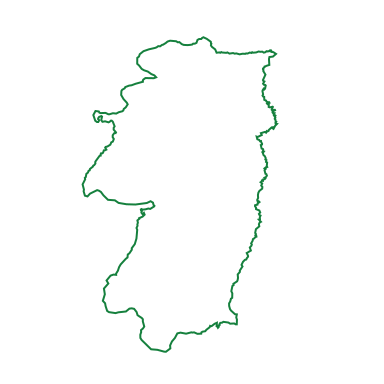 outline of Tebe-Tebe, Berea, Lesotho, rotated 80°
{"feature_id": "5366337B30705161784886", "entity_name": "Tebe-Tebe", "entity_type": "district", "adm_level": 2, "iso_a3": "LSO", "parent_name": "Lesotho", "parent_adm1": "Berea", "projection": "albers", "projection_center": [27.887, -29.222], "detail": "fine", "context": "isolated", "style": "outline", "palette": "green", "viewbox_px": 384, "rotation_deg": 80, "n_neighbors": 0, "source": "geoboundaries", "source_scale": "gbopen_adm2", "svg_char_len": 5983}
<svg xmlns="http://www.w3.org/2000/svg" viewBox="0 0 384 384"><g transform="rotate(80 192 192)"><path d="M298.0,288.3L297.7,285.4L298.2,277.8L296.0,273.9L296.1,271.6L297.0,269.3L300.6,267.4L303.9,267.0L307.4,263.3L308.8,262.5L310.9,262.9L316.2,262.4L317.9,264.0L319.2,266.2L321.2,266.4L323.6,267.7L326.8,268.2L329.0,267.3L339.8,259.6L341.4,253.5L344.4,247.1L344.8,245.4L342.3,240.5L339.3,240.2L335.7,237.7L332.8,234.2L328.7,231.0L328.5,227.8L330.5,222.4L330.1,217.0L330.5,216.1L330.6,214.3L332.6,211.3L333.1,207.5L331.9,207.1L331.4,206.0L331.4,203.1L330.2,201.8L328.3,198.2L327.0,197.4L327.5,196.7L327.4,195.8L325.7,192.6L325.1,190.2L328.5,191.1L329.1,190.3L330.2,190.0L329.4,189.0L328.0,188.9L327.7,187.8L326.8,187.8L325.8,186.9L325.9,185.0L325.3,183.7L326.9,178.8L328.3,177.3L328.8,173.2L329.9,172.0L330.1,170.9L325.5,169.9L323.2,170.2L320.3,169.1L319.8,170.9L315.5,174.2L313.9,174.9L310.7,175.2L308.1,174.8L306.5,173.4L303.9,172.2L303.2,170.8L298.8,169.9L296.5,170.5L291.5,168.5L290.9,167.2L289.6,167.2L287.8,163.1L286.7,162.4L284.6,161.6L281.1,161.3L279.0,158.7L277.7,158.6L274.1,155.2L272.4,155.9L269.6,153.9L268.0,151.7L267.9,150.3L266.6,149.4L265.4,148.0L264.5,147.9L261.6,148.7L259.9,144.2L256.7,144.7L255.2,142.8L254.0,142.2L252.9,142.7L250.5,140.7L249.0,140.2L248.5,138.8L247.4,137.5L247.2,136.3L246.3,136.3L245.6,137.1L244.6,136.3L243.3,136.9L239.7,135.5L237.5,131.7L235.3,131.7L233.7,130.6L233.3,129.3L230.7,131.0L230.6,129.8L228.6,129.6L227.1,128.6L226.3,129.6L225.2,129.9L224.0,128.4L221.9,128.9L220.0,131.9L218.5,131.7L217.0,132.4L216.0,132.2L215.8,129.7L214.7,129.4L213.6,127.3L212.6,128.0L212.6,129.0L211.2,129.2L209.3,127.9L206.4,127.6L204.1,126.7L202.6,125.4L200.9,122.3L199.2,121.8L197.7,122.7L195.8,121.4L194.3,122.7L193.9,121.8L192.8,121.1L193.3,120.2L192.0,119.8L192.0,118.2L191.4,117.4L190.5,118.0L190.2,116.7L188.9,115.4L187.3,115.7L186.8,116.5L183.1,116.8L182.1,115.5L181.3,116.4L180.4,114.8L180.4,113.6L179.2,113.8L176.0,112.9L175.2,113.9L173.4,113.2L172.7,114.1L171.5,113.5L169.3,114.1L168.2,115.1L165.8,115.5L164.8,114.4L164.5,115.5L163.2,114.5L162.1,114.6L161.3,115.9L157.7,116.1L157.4,114.8L156.6,114.6L154.9,115.2L153.8,115.2L153.8,116.2L152.4,116.8L151.4,118.5L148.7,118.7L149.2,117.8L148.0,113.4L146.0,113.9L145.5,109.7L146.4,108.8L145.0,107.8L145.5,107.2L145.1,106.0L144.3,105.7L142.2,102.3L142.3,100.7L142.9,100.6L143.6,101.2L144.0,100.8L141.2,98.6L139.7,96.5L139.1,97.8L138.3,97.8L137.4,96.8L136.7,97.4L135.1,97.3L134.5,97.8L133.8,97.7L133.3,97.0L132.1,97.3L131.3,96.5L131.0,96.7L131.3,97.8L130.4,98.2L129.6,98.0L128.7,97.1L128.1,98.7L127.5,98.9L127.0,98.8L126.3,97.5L125.9,96.0L125.5,96.1L125.3,97.1L125.7,98.2L125.0,99.2L124.5,99.2L122.3,97.6L122.0,97.8L122.2,100.6L121.6,101.7L118.8,101.1L118.7,102.3L117.8,102.8L117.2,101.8L117.4,100.3L117.0,100.4L116.7,101.8L115.8,103.0L114.8,103.2L113.8,104.8L110.8,104.4L110.4,105.3L109.3,105.8L108.2,105.0L104.8,105.1L103.9,104.6L102.4,103.2L102.5,102.7L103.3,102.7L102.9,102.1L99.9,100.9L99.3,101.3L99.0,102.4L97.7,103.2L95.7,101.5L95.0,102.5L94.1,102.7L89.2,99.3L85.2,100.8L84.2,100.4L83.4,100.8L82.7,100.6L82.1,99.5L81.1,98.8L81.3,98.4L80.7,97.0L80.3,93.8L74.4,93.1L72.5,92.3L72.7,88.8L70.6,85.3L68.4,87.6L67.8,89.6L67.0,90.1L67.0,89.3L66.3,89.5L66.0,90.5L66.7,91.2L66.8,92.1L66.5,92.5L66.7,93.6L66.3,94.2L67.1,95.6L67.2,97.1L66.0,98.4L65.8,100.4L65.2,102.0L65.7,104.5L65.4,107.8L64.8,108.5L65.4,109.3L64.7,110.9L65.3,113.2L64.9,114.7L65.2,115.3L64.6,118.3L64.7,121.2L63.2,124.3L63.2,125.9L62.3,127.4L62.2,131.1L60.7,132.9L60.9,134.1L59.8,138.3L59.3,138.9L59.8,140.1L59.3,140.7L59.1,143.6L55.6,144.4L52.6,147.1L51.2,147.8L50.7,147.9L49.3,147.2L48.9,147.5L47.3,147.4L43.7,150.9L41.6,153.9L42.1,155.4L42.9,156.2L42.6,158.5L43.2,160.2L45.9,161.7L46.4,163.5L46.1,165.1L46.8,166.2L46.8,167.9L46.6,170.7L45.7,174.6L44.6,176.4L42.2,178.4L42.1,180.0L40.8,181.4L39.2,187.3L39.6,190.0L40.7,191.9L41.9,194.9L41.9,195.9L43.0,198.1L42.5,199.9L43.4,201.8L43.7,203.5L44.0,209.6L44.9,215.3L47.2,219.5L49.4,220.7L50.4,222.6L56.2,223.7L58.3,222.1L62.0,220.2L63.8,218.1L65.7,214.6L68.8,211.6L70.6,208.8L72.8,207.4L73.3,209.8L71.7,218.1L72.9,220.5L74.0,221.2L74.9,221.2L75.6,228.7L76.4,233.0L76.3,235.5L77.1,239.5L78.2,240.3L79.2,243.0L80.3,244.0L84.2,244.9L88.6,243.3L92.7,240.7L94.5,240.1L97.1,242.5L98.4,244.8L99.8,245.5L100.4,246.6L100.7,250.2L101.6,253.0L100.7,256.2L101.1,259.7L100.9,260.9L99.1,263.4L98.4,268.4L97.8,269.4L96.5,269.8L95.5,273.0L99.1,275.8L105.0,274.9L106.6,273.4L106.8,272.2L105.5,271.1L104.5,271.2L103.9,271.8L103.1,271.6L101.9,270.4L101.5,268.1L102.1,267.5L105.4,268.9L107.3,268.0L107.3,265.3L108.9,262.1L108.6,261.0L107.6,259.4L107.8,258.7L109.0,257.8L113.9,256.8L115.2,258.0L117.0,258.3L120.1,256.5L120.7,257.0L120.4,257.5L120.6,258.4L122.3,260.2L124.2,260.6L126.2,259.8L128.6,261.2L129.1,262.9L131.2,264.2L132.5,267.4L132.6,269.2L133.3,269.8L135.4,269.0L135.8,270.4L135.7,271.6L137.9,272.8L138.4,273.9L138.1,274.8L138.9,275.4L140.3,275.6L140.3,276.7L145.0,281.6L145.7,282.1L147.2,282.2L148.6,283.7L148.9,284.7L149.8,285.2L151.6,288.5L152.9,289.0L153.2,290.2L154.8,291.1L155.8,292.9L158.8,294.0L159.5,295.1L160.9,295.0L165.5,298.4L170.9,298.0L172.5,298.6L177.0,298.1L178.2,295.7L175.9,292.7L173.7,285.1L174.5,283.5L176.1,281.7L179.9,279.8L185.1,276.1L186.8,269.4L190.0,266.2L192.7,258.6L194.5,249.9L195.0,238.4L193.9,234.4L195.7,232.3L198.2,232.1L199.1,231.4L199.6,231.7L201.4,236.1L200.7,237.9L201.0,240.8L200.8,243.6L200.0,244.7L200.3,245.4L201.1,245.4L202.1,244.7L203.1,245.4L203.8,245.3L205.3,244.5L204.2,243.0L206.1,242.6L207.7,245.0L208.6,248.6L209.2,248.5L210.5,250.7L212.7,250.6L214.6,251.5L215.8,251.5L217.8,252.9L219.7,252.5L228.2,254.8L233.4,257.4L236.9,261.1L238.4,261.3L241.5,264.3L242.4,266.1L245.3,266.9L246.3,268.8L250.9,274.8L253.4,276.9L256.6,278.6L259.3,281.0L260.4,281.1L259.7,283.6L260.2,286.7L264.3,291.5L267.6,290.3L271.8,295.5L277.6,295.6L283.7,298.7L286.5,296.9L289.4,296.9L294.4,296.2L295.9,294.6L298.0,288.3Z" fill="none" stroke="#15803d" stroke-width="2"/></g></svg>